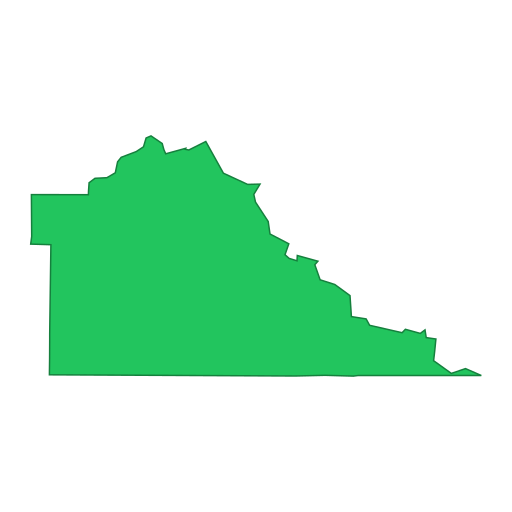 Thurston, Washington, United States of America
{"feature_id": "52423323B46742889788389", "entity_name": "Thurston", "entity_type": "district", "adm_level": 2, "iso_a3": "USA", "parent_name": "United States of America", "parent_adm1": "Washington", "projection": "robinson", "projection_center": [-122.739, 46.976], "detail": "fine", "context": "isolated", "style": "filled", "palette": "green", "viewbox_px": 512, "rotation_deg": 0, "n_neighbors": 0, "source": "geoboundaries", "source_scale": "gbopen_adm2", "svg_char_len": 875}
<svg xmlns="http://www.w3.org/2000/svg" viewBox="0 0 512 512"><path d="M31.4,194.6L31.7,236.5L30.7,244.1L50.9,244.7L49.7,333.7L49.7,339.5L49.6,358.5L49.4,374.8L295.2,376.0L325.0,375.3L353.4,376.1L358.1,375.5L481.3,375.5L465.5,368.6L451.3,373.4L433.6,360.7L434.7,351.2L435.9,339.0L426.2,337.6L425.0,329.9L420.3,333.4L405.4,329.3L402.1,332.7L369.6,325.3L366.1,318.9L351.4,316.6L350.0,295.6L334.8,284.5L320.1,279.8L314.8,264.7L317.9,261.2L297.3,255.5L297.0,260.8L289.1,258.4L285.0,254.7L288.8,243.8L270.0,234.0L268.2,221.5L255.5,202.1L253.8,194.4L260.0,184.1L247.6,184.4L223.4,173.2L205.8,141.5L188.8,150.0L185.3,149.3L185.7,148.3L165.7,153.8L163.9,149.7L162.2,143.5L151.0,135.9L146.1,138.0L143.5,146.8L136.2,151.6L121.2,157.3L117.6,161.8L115.3,172.8L106.9,177.7L95.0,178.3L89.1,182.7L88.5,191.3L88.4,194.7L31.4,194.6Z" fill="#22c55e" stroke="#15803d" stroke-width="1.5"/></svg>